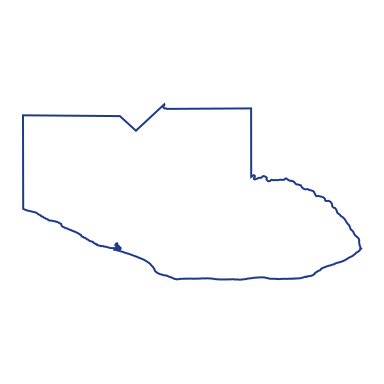 outline of Adolfo Alsina, Río Negro, Argentina
{"feature_id": "61730980B95988601788876", "entity_name": "Adolfo Alsina", "entity_type": "district", "adm_level": 2, "iso_a3": "ARG", "parent_name": "Argentina", "parent_adm1": "Río Negro", "projection": "robinson", "projection_center": [-63.547, -40.776], "detail": "fine", "context": "isolated", "style": "outline", "palette": "blue", "viewbox_px": 384, "rotation_deg": 0, "n_neighbors": 0, "source": "geoboundaries", "source_scale": "gbopen_adm2", "svg_char_len": 6002}
<svg xmlns="http://www.w3.org/2000/svg" viewBox="0 0 384 384"><path d="M23.0,115.3L23.2,208.8L23.4,208.9L24.1,209.3L27.1,210.4L27.5,210.6L28.7,210.8L33.3,211.9L34.3,212.1L36.4,212.8L37.8,213.8L38.5,214.4L39.0,214.7L39.5,214.8L40.3,215.1L40.8,215.8L41.6,216.4L41.9,216.5L42.5,216.5L43.0,216.8L43.3,217.3L45.2,218.2L45.7,218.6L46.3,218.7L47.3,219.3L48.1,219.6L48.4,220.1L48.7,220.3L49.2,220.3L50.3,220.6L51.0,220.6L52.5,220.8L53.2,221.1L54.7,221.1L55.4,221.5L55.8,221.5L56.3,221.8L57.2,221.9L57.9,222.3L58.6,222.6L59.1,223.0L59.7,223.2L60.1,223.5L61.2,224.0L61.3,224.3L61.5,225.5L61.8,226.0L62.0,226.3L65.0,227.8L66.5,228.3L67.2,228.5L68.1,229.1L69.1,229.4L69.4,229.6L71.1,230.1L72.3,230.8L73.9,231.4L74.6,231.5L75.3,232.0L77.6,232.9L78.0,233.3L78.7,233.6L78.9,233.7L79.0,233.9L79.6,234.1L79.9,234.4L80.1,234.7L80.6,234.8L81.2,235.2L81.4,235.9L82.0,236.6L82.4,236.6L82.7,236.9L83.2,237.0L83.7,237.2L84.2,237.7L84.3,237.8L84.7,237.8L85.5,238.1L85.8,238.3L85.9,238.5L87.0,239.2L87.9,239.6L89.3,240.7L90.8,241.3L92.2,241.6L92.5,241.9L93.2,242.1L93.4,242.3L93.5,242.6L94.5,243.4L95.4,243.8L95.7,243.8L97.1,244.5L97.3,244.9L97.0,244.9L97.3,245.1L98.2,245.4L99.3,245.5L99.8,245.7L100.4,246.1L102.7,246.0L103.1,246.2L103.7,246.4L104.0,246.6L105.5,246.6L107.0,247.1L107.7,247.2L109.9,247.9L110.9,248.1L114.8,248.1L115.2,247.9L116.0,247.9L116.6,247.6L117.0,247.4L117.8,247.1L117.8,246.8L116.4,246.1L115.7,245.6L115.3,245.1L115.4,244.6L116.2,243.7L117.0,243.2L117.2,243.3L117.3,243.6L116.3,244.2L116.3,244.5L116.6,244.8L116.6,245.1L116.9,245.3L117.2,245.4L117.5,245.2L117.8,245.3L117.9,245.6L118.2,245.9L119.0,246.2L119.4,247.0L119.8,247.8L120.3,247.6L120.5,247.7L120.4,248.4L120.6,248.6L120.4,249.0L118.8,248.9L117.7,248.6L117.2,248.6L115.8,248.9L115.0,249.3L114.6,249.4L114.4,249.7L115.7,249.9L116.8,250.2L119.5,250.9L120.2,251.2L121.2,251.4L122.9,251.9L125.8,253.0L129.3,254.0L134.4,255.9L136.4,256.7L136.8,256.7L138.4,257.5L143.4,259.5L144.9,260.3L148.1,262.3L150.1,263.8L150.9,264.7L151.2,265.3L152.5,266.4L153.4,267.6L153.7,268.0L154.0,268.5L154.4,269.5L154.7,270.0L154.7,270.4L154.9,270.8L155.6,271.4L155.8,271.7L156.3,272.1L156.8,272.6L157.2,272.6L157.6,273.0L158.0,273.2L158.3,273.3L159.7,274.1L161.6,274.5L164.1,275.3L165.3,275.4L166.2,275.4L167.1,275.9L167.6,275.9L168.1,276.3L168.5,276.5L170.2,277.1L171.2,277.3L171.6,277.6L172.7,278.0L173.3,278.4L174.2,278.6L174.6,278.9L175.0,279.0L176.0,279.1L177.2,279.4L179.3,279.0L182.5,278.7L184.1,278.8L185.7,278.6L186.5,278.7L191.6,278.6L193.8,278.8L195.7,278.6L196.3,278.7L197.2,278.6L200.5,278.6L201.5,278.4L205.9,278.4L206.8,278.3L210.7,278.5L213.1,278.7L213.7,278.9L214.1,278.9L215.9,279.2L220.3,279.5L224.5,279.4L227.2,279.5L228.3,279.3L230.6,279.4L232.4,279.2L234.5,279.4L235.5,279.5L236.7,279.5L237.1,279.4L237.5,279.4L238.5,279.6L240.4,279.7L242.7,279.4L243.1,279.3L244.0,279.3L244.7,279.2L245.6,279.1L247.8,278.6L250.4,278.3L251.5,278.2L252.3,278.0L254.7,277.7L262.0,277.3L265.6,277.6L266.0,277.9L266.9,278.0L267.6,278.2L268.6,278.3L269.3,278.7L274.2,278.8L275.8,278.8L276.5,279.0L277.2,278.9L277.5,279.0L279.1,279.1L282.2,278.8L285.5,278.8L286.6,278.9L288.6,278.8L289.7,278.6L290.7,278.8L291.7,278.6L292.0,278.8L292.8,278.6L293.1,278.7L293.3,278.6L294.1,278.6L294.3,278.5L295.0,278.7L295.4,278.5L300.1,278.3L301.3,277.8L302.3,277.8L302.7,277.7L303.0,277.5L304.0,277.2L304.4,277.0L304.8,276.8L305.2,276.8L306.2,277.0L306.5,277.0L306.6,276.9L306.6,276.6L306.9,276.6L307.2,276.6L307.7,276.4L308.6,276.2L310.4,276.0L311.8,275.6L312.3,275.3L313.0,275.0L313.6,274.8L314.0,274.4L314.6,273.9L314.5,273.6L315.3,272.7L316.8,272.0L317.1,271.5L318.0,271.1L318.3,270.9L319.3,270.5L319.8,270.4L320.6,269.8L320.7,269.5L321.0,269.0L321.6,268.5L323.1,267.8L327.2,266.2L330.6,265.3L331.5,264.9L333.8,264.3L336.2,263.1L338.7,262.4L339.8,262.2L343.3,261.0L346.5,259.3L348.3,258.1L349.9,257.2L350.7,256.8L351.5,256.5L353.0,255.7L353.4,255.2L355.2,253.9L355.8,253.1L356.3,252.8L359.1,250.9L360.2,249.6L360.3,249.1L360.7,248.9L360.5,248.7L361.0,248.4L360.5,247.8L359.5,244.7L359.2,243.0L359.1,241.6L359.2,240.3L359.0,239.6L358.8,238.8L358.0,237.8L357.4,237.2L355.7,235.8L355.2,235.4L354.2,234.0L353.5,232.3L352.8,231.2L352.1,230.5L350.7,229.4L350.4,228.6L349.6,226.3L349.2,225.5L348.9,225.0L347.2,223.3L346.9,222.8L345.1,219.7L344.5,218.9L342.6,217.1L340.9,216.0L340.4,215.6L340.0,214.9L339.3,214.3L338.6,213.7L337.7,213.2L337.1,212.3L336.6,210.4L336.3,209.9L335.6,208.7L335.3,208.3L335.0,208.1L333.5,207.6L333.1,207.3L332.8,207.0L332.3,206.2L332.0,204.2L331.7,203.5L331.1,202.5L329.9,201.4L329.4,201.2L328.2,200.8L326.7,201.0L326.0,201.0L325.7,200.8L325.2,200.4L324.8,198.8L324.5,198.3L323.7,197.6L322.5,197.0L318.5,196.0L318.0,196.0L316.7,196.2L316.2,196.1L315.9,195.8L315.4,194.6L314.5,193.2L314.0,191.9L313.2,191.2L311.4,190.4L310.0,190.2L308.8,189.8L308.4,189.4L308.0,189.2L306.9,189.1L306.2,189.3L305.5,189.4L304.0,188.9L302.8,188.2L302.4,187.8L301.4,186.5L300.9,185.4L300.4,185.1L299.5,185.1L298.4,184.5L297.1,184.5L296.0,184.1L295.6,183.8L295.2,183.1L294.1,182.1L294.0,181.8L293.6,181.6L293.1,181.3L292.1,181.0L291.8,180.8L291.1,180.9L290.2,180.7L289.8,180.8L288.6,180.1L286.2,178.4L285.6,178.5L284.0,179.8L283.7,179.9L282.9,179.7L282.0,179.9L281.6,179.9L281.2,179.9L280.8,179.7L280.0,179.7L277.2,180.2L275.3,180.0L273.4,180.2L271.5,179.8L271.1,180.0L270.2,180.8L269.5,181.2L269.0,181.2L268.5,181.2L267.9,181.0L266.9,180.1L266.6,179.7L266.5,179.3L266.5,179.0L266.8,178.0L266.8,177.7L266.6,177.5L265.6,176.8L264.2,176.2L263.3,176.1L262.6,176.4L262.3,176.7L261.8,177.3L261.0,177.8L260.4,177.8L259.8,177.7L259.3,177.8L257.9,178.3L255.1,179.4L254.4,179.3L254.1,179.1L253.9,178.4L254.2,177.6L254.7,177.1L254.8,176.6L254.9,176.2L254.7,175.9L254.6,175.6L254.3,175.4L253.9,175.2L253.6,175.2L253.4,175.4L252.8,175.6L252.1,176.3L251.2,176.9L251.1,108.4L166.9,108.9L166.0,108.4L164.7,108.5L164.3,108.3L163.7,107.8L163.3,107.0L163.3,106.8L163.6,106.1L164.3,105.0L164.4,104.6L164.3,104.3L135.9,130.7L119.9,116.1L23.0,115.3Z" fill="none" stroke="#1e3a8a" stroke-width="2"/></svg>